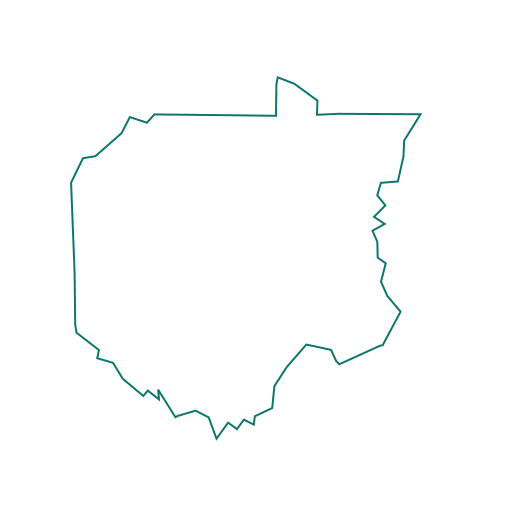 Franklin, Virginia, United States of America, rotated 167°
{"feature_id": "52423323B83651152467254", "entity_name": "Franklin", "entity_type": "district", "adm_level": 2, "iso_a3": "USA", "parent_name": "United States of America", "parent_adm1": "Virginia", "projection": "mercator", "projection_center": [-79.913, 37.007], "detail": "fine", "context": "isolated", "style": "outline", "palette": "teal", "viewbox_px": 512, "rotation_deg": 167, "n_neighbors": 0, "source": "geoboundaries", "source_scale": "gbopen_adm2", "svg_char_len": 902}
<svg xmlns="http://www.w3.org/2000/svg" viewBox="0 0 512 512"><g transform="rotate(167 256 256)"><path d="M127.7,169.2L137.1,187.8L140.0,202.9L131.2,219.7L137.8,227.0L134.6,242.5L136.8,254.4L123.4,258.3L132.2,267.6L118.6,276.2L124.2,287.8L117.9,299.2L101.0,296.7L89.9,319.9L85.7,335.1L63.8,357.1L143.7,376.0L164.8,379.9L161.2,393.6L179.9,415.2L194.6,425.1L197.5,418.7L205.0,388.1L244.6,397.8L323.1,416.8L332.3,410.4L347.7,419.7L359.4,405.9L390.0,389.4L402.6,390.2L419.7,369.0L436.6,280.1L447.6,229.7L448.2,221.7L430.2,199.7L433.7,192.1L419.4,184.1L413.4,166.3L397.3,145.0L391.7,149.2L382.8,138.1L381.4,147.8L370.8,117.1L368.0,117.8L349.7,118.9L338.4,109.4L335.6,86.9L320.7,99.9L313.5,91.6L304.6,99.3L296.1,92.2L293.2,100.1L274.4,104.2L267.4,125.0L251.1,140.8L226.9,158.4L204.0,147.6L201.5,135.5L199.2,131.8L155.2,140.7L152.7,140.5L127.7,169.2Z" fill="none" stroke="#0f766e" stroke-width="2"/></g></svg>